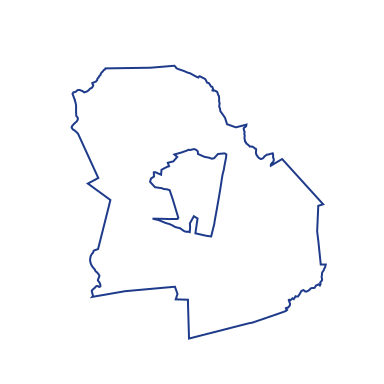 San Juan Bautista Tlachichilco, Oaxaca, Mexico (orthographic projection), rotated 165°
{"feature_id": "50627088B82603535513252", "entity_name": "San Juan Bautista Tlachichilco", "entity_type": "district", "adm_level": 2, "iso_a3": "MEX", "parent_name": "Mexico", "parent_adm1": "Oaxaca", "projection": "orthographic", "projection_center": [-98.322, 17.586], "detail": "fine", "context": "isolated", "style": "outline", "palette": "blue", "viewbox_px": 384, "rotation_deg": 165, "n_neighbors": 0, "source": "geoboundaries", "source_scale": "gbopen_adm2", "svg_char_len": 4962}
<svg xmlns="http://www.w3.org/2000/svg" viewBox="0 0 384 384"><g transform="rotate(165 192 192)"><path d="M176.3,318.5L200.0,322.8L243.6,333.8L243.9,333.2L245.0,332.8L245.7,332.6L246.9,331.6L248.4,330.8L249.5,329.8L250.0,328.8L250.6,328.5L251.4,328.0L252.2,327.4L252.5,326.8L253.2,326.5L254.3,325.6L254.6,324.7L255.9,323.7L256.8,323.5L257.6,323.3L258.7,323.3L260.1,323.1L260.2,322.3L259.8,321.3L259.8,320.4L260.9,319.2L262.1,318.4L263.1,318.4L264.0,318.1L265.1,317.2L266.3,316.7L267.4,316.3L270.2,316.1L270.8,316.7L271.6,317.8L272.7,318.5L273.3,319.1L274.5,319.8L276.3,320.0L277.7,319.2L278.5,318.9L279.9,318.9L280.7,319.0L282.0,317.8L281.9,317.1L281.8,315.7L281.7,314.8L281.6,312.9L281.3,311.8L281.3,311.1L281.5,311.0L281.4,309.5L281.4,308.0L281.5,306.1L281.9,304.3L282.6,301.8L283.2,299.6L283.7,297.3L284.1,295.3L284.1,295.2L283.3,293.8L283.2,292.3L284.0,291.0L285.4,289.8L286.6,289.3L288.1,288.5L289.3,287.7L290.4,287.0L291.1,286.3L291.6,285.4L290.9,283.3L289.3,281.6L288.3,280.1L287.0,277.9L282.7,252.3L278.9,229.8L290.4,227.1L272.9,205.4L276.3,199.2L297.5,161.2L301.0,160.9L302.2,160.7L302.9,159.5L303.8,158.6L304.5,158.3L305.5,157.3L306.4,156.4L307.0,155.2L307.7,153.7L308.2,152.2L308.3,149.8L308.2,148.3L307.9,146.8L307.4,145.3L306.7,143.7L305.9,142.2L305.8,141.0L305.5,140.1L305.0,139.6L304.5,138.9L304.1,137.9L303.5,136.7L303.1,135.1L303.7,134.0L304.2,133.3L304.9,132.5L305.6,131.5L305.8,130.8L305.5,130.1L305.1,129.4L304.8,128.3L304.6,127.5L304.6,126.9L304.6,125.5L305.0,124.5L306.2,124.3L306.9,124.9L307.5,125.6L308.1,125.8L308.9,125.7L309.8,125.3L310.7,124.6L311.8,124.1L313.3,123.4L314.4,122.6L314.5,121.7L314.5,120.9L314.5,120.0L314.5,118.4L314.5,117.2L315.5,116.5L282.3,113.5L246.6,107.3L233.0,104.9L232.4,97.3L235.5,92.5L223.8,89.0L225.7,81.3L232.8,51.2L222.1,51.1L188.8,50.7L171.3,50.5L167.7,50.2L167.3,50.2L135.8,52.4L134.9,52.5L133.6,52.6L131.8,52.9L130.7,53.4L130.9,53.9L131.4,54.7L131.4,55.5L130.8,55.7L130.2,55.6L129.4,55.3L128.8,55.7L128.3,56.2L127.3,56.6L126.4,58.1L126.2,58.8L126.4,60.4L126.5,62.6L126.1,62.8L125.2,61.9L123.9,62.5L122.4,63.3L121.4,62.2L120.7,62.8L119.0,64.5L118.3,64.0L116.8,63.6L115.1,64.9L113.4,66.6L112.2,67.9L111.0,68.2L109.7,68.4L109.4,68.0L109.0,67.5L108.4,66.6L107.1,66.2L105.0,66.6L103.2,67.5L102.4,68.1L101.3,68.2L100.5,68.1L99.3,67.8L98.4,67.7L97.2,68.8L96.6,69.5L93.7,70.1L92.7,68.6L91.8,69.5L91.6,70.4L91.6,71.4L90.6,72.1L89.9,72.6L89.0,73.4L88.9,75.0L88.8,76.4L88.0,78.1L87.4,80.1L86.3,81.3L85.1,82.2L84.2,83.6L82.9,84.9L81.6,87.3L86.4,88.6L82.8,111.1L81.3,121.6L73.6,146.0L68.5,146.2L74.6,158.1L96.4,200.5L109.0,197.0L108.8,198.0L108.2,198.5L107.3,199.4L106.0,199.8L105.5,200.5L104.7,201.6L104.5,203.1L104.7,204.0L104.7,204.7L104.2,206.3L104.0,206.8L103.9,208.3L104.0,208.5L108.7,208.5L109.9,208.7L111.2,208.2L112.7,207.7L113.5,207.0L114.5,206.3L116.1,206.0L117.0,206.0L117.9,206.9L118.5,207.5L119.1,208.6L119.5,209.2L119.6,210.2L119.7,210.5L120.1,211.1L120.2,212.9L120.0,213.7L119.8,214.3L119.3,215.6L119.0,216.5L119.2,217.3L119.8,217.6L120.3,218.1L120.5,218.7L121.8,220.1L122.6,220.3L123.3,220.8L124.4,220.9L125.0,222.2L125.5,222.8L126.0,223.7L126.4,224.2L127.0,224.8L127.1,225.5L127.0,226.0L127.6,226.7L127.7,227.4L127.5,228.0L127.5,229.0L127.5,229.7L127.3,230.6L127.0,231.6L126.5,232.7L126.4,233.9L126.4,234.9L126.0,235.5L125.6,236.4L125.8,237.1L125.8,238.2L125.7,239.2L125.6,240.2L124.8,240.7L123.9,240.9L122.7,241.6L122.0,243.0L123.8,243.0L132.9,243.1L140.0,248.0L140.6,248.4L140.9,255.2L142.1,258.5L143.7,262.7L143.4,265.1L143.6,267.6L142.3,270.7L142.4,272.4L141.4,276.0L141.2,277.9L141.5,278.7L141.8,282.3L144.2,284.4L145.2,284.3L145.9,284.8L145.0,286.2L145.1,287.2L145.2,288.3L145.5,288.5L146.3,289.0L146.5,289.7L147.5,292.8L149.1,293.7L149.8,297.1L150.1,297.8L154.3,301.6L154.9,301.9L156.3,300.9L157.7,302.0L163.5,307.5L165.0,308.2L168.8,311.2L173.6,314.4L175.0,315.6L175.4,316.8L176.3,318.5ZM164.2,186.9L166.3,182.3L173.3,167.2L177.2,159.0L178.9,155.1L181.7,150.1L185.0,144.1L189.5,146.0L190.3,146.4L199.4,151.2L193.5,165.0L196.5,168.1L202.1,162.3L203.1,157.9L204.6,153.8L206.1,154.8L206.6,154.7L207.0,154.8L207.6,155.0L209.5,156.0L210.2,156.8L212.8,160.0L217.3,162.5L218.4,163.6L219.3,164.6L221.6,166.5L222.9,167.4L224.0,168.0L225.8,169.1L227.3,170.4L228.8,171.4L229.6,172.1L231.0,173.1L232.2,173.9L234.9,175.3L237.0,176.5L229.9,174.4L228.6,174.1L221.5,171.9L212.9,169.7L211.9,170.6L212.5,190.0L213.1,199.5L215.3,201.0L218.5,202.2L220.2,203.5L226.5,206.2L229.9,212.7L228.1,215.6L224.7,216.8L223.8,220.9L222.3,220.6L217.4,216.7L215.7,221.4L209.8,222.7L207.5,222.8L207.8,226.5L202.1,226.4L197.2,229.7L199.3,232.8L191.7,232.9L185.7,233.4L184.6,233.7L183.6,233.4L183.0,233.0L182.2,233.0L181.4,233.0L180.3,233.0L178.9,232.9L177.5,232.0L176.5,230.9L175.9,229.5L176.4,227.2L170.8,222.7L166.8,220.8L164.2,219.0L161.9,218.9L157.1,222.0L150.6,220.9L150.0,220.4L149.1,219.4L149.2,219.1L150.3,216.2L153.8,209.1L155.4,205.5L158.2,200.5L164.2,186.9Z" fill="none" stroke="#1e3a8a" stroke-width="2"/></g></svg>